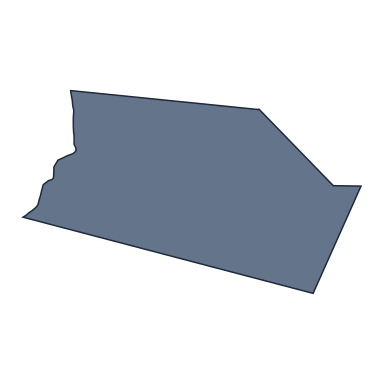 the district of Annus, Laborie, Saint Lucia
{"feature_id": "8701671B25026940525342", "entity_name": "Annus", "entity_type": "district", "adm_level": 2, "iso_a3": "LCA", "parent_name": "Saint Lucia", "parent_adm1": "Laborie", "projection": "orthographic", "projection_center": [-61.008, 13.775], "detail": "fine", "context": "isolated", "style": "filled", "palette": "slate", "viewbox_px": 384, "rotation_deg": 0, "n_neighbors": 0, "source": "geoboundaries", "source_scale": "gbopen_adm2", "svg_char_len": 597}
<svg xmlns="http://www.w3.org/2000/svg" viewBox="0 0 384 384"><path d="M23.0,217.2L313.1,293.4L361.0,186.1L334.7,185.7L333.3,185.7L259.1,109.3L259.0,109.6L70.7,90.6L70.7,91.8L72.2,99.9L72.8,106.3L73.3,108.1L73.8,110.7L73.3,117.6L73.3,126.2L73.6,132.4L74.0,135.1L74.1,139.6L74.1,141.1L74.0,144.1L75.9,148.1L76.1,150.4L74.8,152.2L72.6,153.8L67.3,155.7L62.5,158.1L57.9,160.2L53.9,167.0L53.8,172.5L53.5,177.7L52.0,179.6L48.5,180.6L43.3,184.6L41.7,190.3L40.5,195.5L39.4,199.0L37.8,205.1L35.8,207.5L32.0,210.7L29.0,212.7L26.2,215.2L23.0,217.2Z" fill="#64748b" stroke="#1e293b" stroke-width="1.5"/></svg>